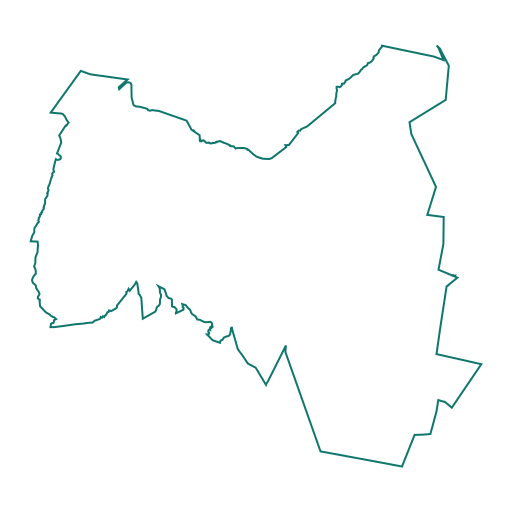 Peñamiller, Querétaro, Mexico
{"feature_id": "50627088B47051465612575", "entity_name": "Peñamiller", "entity_type": "district", "adm_level": 2, "iso_a3": "MEX", "parent_name": "Mexico", "parent_adm1": "Querétaro", "projection": "natural_earth1", "projection_center": [-99.898, 21.09], "detail": "fine", "context": "isolated", "style": "outline", "palette": "teal", "viewbox_px": 512, "rotation_deg": 0, "n_neighbors": 0, "source": "geoboundaries", "source_scale": "gbopen_adm2", "svg_char_len": 5831}
<svg xmlns="http://www.w3.org/2000/svg" viewBox="0 0 512 512"><path d="M50.7,112.6L60.3,113.5L60.4,113.4L62.7,113.9L63.8,115.2L64.9,116.3L66.6,120.0L68.6,122.5L66.4,125.7L65.7,125.5L59.2,135.4L60.5,138.6L61.3,142.5L57.0,153.5L57.9,153.8L58.9,154.9L60.2,155.8L60.7,156.5L60.8,157.4L60.6,158.8L60.2,159.2L58.2,159.9L56.9,159.8L55.9,159.1L55.6,159.9L53.6,167.9L53.4,169.6L53.6,170.6L54.0,171.3L54.0,171.9L52.7,172.9L52.1,173.8L52.5,175.5L51.9,176.3L51.9,177.0L51.5,177.4L49.3,184.9L48.5,186.1L48.2,187.7L47.9,188.3L47.9,188.7L48.2,189.2L48.5,189.7L48.5,190.2L48.4,190.7L47.3,193.0L47.7,193.1L47.4,195.9L45.1,199.1L45.1,202.2L45.1,203.7L44.5,204.5L44.3,205.5L44.0,205.8L43.9,206.1L44.0,206.4L43.6,207.4L43.8,207.7L43.7,208.0L43.8,208.5L43.5,208.9L43.5,209.3L42.6,210.2L42.3,210.6L42.1,211.1L41.9,211.5L42.2,212.0L41.9,212.5L41.3,212.7L41.1,213.0L41.2,213.4L41.3,213.9L41.0,214.4L40.5,214.6L39.9,214.6L39.9,215.2L39.9,216.6L39.4,217.1L38.9,217.7L38.7,218.0L38.9,218.9L38.4,219.8L38.3,220.4L38.5,221.0L38.9,221.7L38.5,222.5L37.6,223.0L36.8,224.6L34.4,228.1L34.2,232.4L32.2,235.9L30.7,241.3L37.6,241.6L38.1,246.5L37.8,246.9L37.7,248.0L37.6,251.8L35.5,257.3L35.3,263.0L34.8,264.6L34.3,265.9L34.1,266.5L34.3,266.9L35.0,268.4L35.7,270.2L35.8,273.4L35.8,273.8L35.1,274.4L34.6,275.0L34.3,275.5L33.8,276.0L33.5,276.4L32.2,279.2L32.1,279.9L32.2,281.0L32.9,282.7L33.2,283.2L35.0,284.6L35.9,285.8L36.2,288.1L37.3,289.8L38.7,291.8L39.5,293.7L39.3,294.6L38.6,295.6L38.0,296.6L37.8,297.5L37.8,298.1L38.6,299.2L39.8,299.7L39.7,302.4L39.9,304.5L40.2,306.5L42.0,308.2L45.0,311.5L46.9,313.0L48.3,313.7L49.8,314.5L50.6,315.6L52.8,316.9L54.2,317.3L56.1,319.1L54.2,320.0L53.5,323.0L51.7,323.2L51.0,323.9L50.5,327.1L54.6,327.1L64.6,325.8L75.0,324.3L78.2,324.0L83.2,323.6L88.4,322.8L92.5,322.6L94.8,320.6L96.1,320.3L99.7,319.0L100.4,318.3L100.8,317.0L102.1,317.6L103.0,316.3L104.2,317.0L104.8,315.7L105.7,315.4L107.1,313.0L107.2,312.4L108.8,311.7L109.1,310.4L111.2,311.1L116.4,308.1L117.0,307.1L117.0,305.5L126.5,293.7L126.3,292.0L127.4,291.4L128.6,288.8L129.8,290.7L135.0,284.2L136.2,281.9L137.3,283.5L138.6,292.6L138.6,293.9L139.7,294.8L141.3,297.8L142.8,318.7L155.2,311.7L156.3,309.8L156.4,308.2L157.4,306.5L158.7,305.9L159.9,303.9L160.0,299.7L161.0,296.7L161.0,294.6L160.0,292.8L159.9,290.7L159.7,288.2L158.4,286.2L164.5,289.3L166.7,295.9L168.6,298.1L171.0,298.6L171.9,299.6L172.0,306.3L172.4,306.7L173.0,306.9L174.3,306.9L175.9,308.5L176.7,309.7L176.5,311.1L176.5,311.7L175.9,312.5L175.9,313.3L183.5,309.7L183.5,307.8L182.7,307.1L182.8,305.9L182.3,304.1L185.6,305.1L188.5,308.5L190.0,309.6L191.2,312.7L192.0,314.0L195.6,316.4L197.3,319.5L199.8,319.8L203.8,321.8L205.6,322.2L208.2,322.1L210.5,321.8L211.9,323.1L212.2,324.0L212.0,324.9L212.5,326.5L212.0,326.5L212.0,327.5L211.4,327.9L210.8,326.8L210.2,327.2L210.2,329.7L209.6,329.2L208.5,330.2L208.2,331.8L209.1,332.8L209.1,333.7L208.5,334.4L207.0,334.4L212.6,340.2L219.9,342.8L220.2,341.5L220.8,340.4L222.2,340.0L223.1,338.9L223.7,337.7L226.0,336.6L227.8,336.2L229.1,335.6L230.1,334.3L230.4,332.6L230.9,330.0L230.9,328.7L231.3,327.7L231.9,327.7L231.9,328.4L237.8,349.2L243.1,356.4L247.8,363.5L255.7,367.7L266.0,384.9L266.6,383.3L267.8,381.6L285.9,345.5L285.4,352.0L320.5,451.4L347.7,456.4L402.0,466.5L414.6,434.9L423.8,434.6L430.4,434.0L436.4,411.8L438.3,400.1L444.4,401.9L444.7,401.7L451.8,407.7L481.3,364.2L436.5,354.1L440.1,328.8L446.6,286.3L446.9,286.1L447.0,286.2L447.9,285.6L447.7,285.5L451.6,282.4L457.4,277.7L454.5,276.4L455.1,275.5L454.9,275.5L454.5,275.8L453.8,276.1L453.5,276.0L453.6,275.9L453.5,275.4L453.2,275.1L452.2,275.5L438.5,269.7L443.4,244.0L443.7,217.0L427.3,214.9L436.0,186.9L411.3,134.0L410.8,130.5L409.5,122.2L445.7,99.9L448.8,65.7L439.9,48.6L436.7,45.5L438.6,48.1L443.5,60.1L434.1,56.6L382.0,45.7L382.2,46.5L380.8,48.0L378.8,50.6L378.8,52.1L377.2,54.2L375.6,55.5L374.5,55.9L373.5,57.1L373.7,58.4L373.0,59.5L372.6,59.9L372.2,60.8L371.1,61.7L369.7,62.7L368.0,63.0L367.1,65.2L363.2,67.5L362.0,69.2L361.0,69.8L359.7,71.9L358.1,73.7L357.4,73.8L353.2,75.0L350.5,77.7L348.2,79.3L345.6,80.5L345.3,82.1L344.5,82.7L344.2,83.5L343.7,83.7L342.1,83.7L341.9,83.8L341.8,85.3L341.0,86.4L339.7,87.2L338.2,86.7L336.6,86.8L336.6,88.7L337.1,90.3L336.7,91.6L336.2,94.4L336.3,96.3L335.8,97.9L335.3,100.9L335.1,102.9L335.2,103.2L307.2,126.4L301.2,129.1L300.0,130.7L299.5,130.5L298.9,130.5L298.2,131.1L297.5,131.6L297.5,132.0L297.4,132.1L298.2,133.0L288.9,145.0L285.3,145.2L286.3,147.0L271.8,158.1L270.3,158.7L269.2,159.0L262.7,158.7L260.2,158.0L260.3,157.9L256.6,156.7L253.2,154.2L248.7,150.0L247.6,149.8L247.4,149.0L244.8,148.2L243.3,148.0L240.3,148.0L239.9,147.9L238.9,148.0L237.7,148.1L236.0,148.3L235.5,148.5L234.7,147.4L234.5,147.2L233.8,146.4L232.9,146.3L230.2,146.1L230.1,145.4L229.2,145.1L229.0,144.9L228.0,144.4L227.8,144.2L227.5,144.2L227.0,143.9L223.6,142.6L223.4,142.7L222.8,142.2L221.9,142.0L220.2,141.1L219.7,141.0L219.2,141.3L218.5,141.5L218.0,141.5L217.5,141.6L217.0,141.6L216.6,141.8L216.3,141.9L216.4,142.2L216.1,142.2L215.5,142.5L215.4,142.6L214.9,142.8L214.1,143.0L213.4,143.0L213.2,142.9L212.8,142.9L212.3,143.1L212.0,143.2L211.4,143.4L211.1,143.3L210.8,143.5L210.1,143.3L209.4,142.8L208.8,142.9L208.1,142.5L207.7,142.7L207.2,142.9L205.9,142.6L204.8,141.3L203.6,140.4L203.2,140.7L202.4,140.5L201.6,141.0L201.5,141.3L200.1,141.2L199.9,140.5L200.1,140.5L200.3,139.3L199.8,139.2L199.6,135.2L193.7,131.2L194.0,130.8L193.6,130.3L193.4,130.4L193.0,130.7L191.5,129.7L186.5,120.6L159.0,111.0L152.6,110.2L152.4,110.1L149.9,110.7L147.9,110.0L147.5,109.0L146.5,108.6L145.5,108.3L142.4,107.5L141.5,107.2L140.0,106.9L138.9,106.7L137.6,106.5L136.0,106.4L133.9,105.4L133.2,104.2L132.9,102.6L131.6,97.5L131.4,84.6L131.0,83.6L130.6,83.1L129.5,82.5L128.5,82.4L127.4,82.4L126.2,82.7L119.2,89.2L118.8,87.2L127.6,79.5L90.2,74.3L80.8,70.9L50.7,112.6Z" fill="none" stroke="#0f766e" stroke-width="2"/></svg>